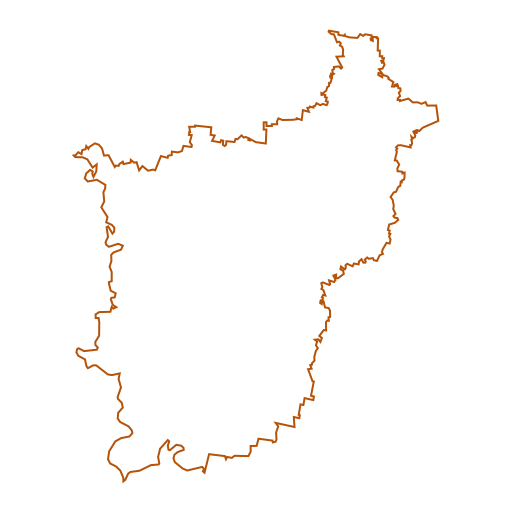 Santiago Tuxtla, Veracruz, Mexico
{"feature_id": "50627088B55545748869449", "entity_name": "Santiago Tuxtla", "entity_type": "district", "adm_level": 2, "iso_a3": "MEX", "parent_name": "Mexico", "parent_adm1": "Veracruz", "projection": "robinson", "projection_center": [-95.381, 18.405], "detail": "fine", "context": "isolated", "style": "outline", "palette": "amber", "viewbox_px": 512, "rotation_deg": 0, "n_neighbors": 0, "source": "geoboundaries", "source_scale": "gbopen_adm2", "svg_char_len": 5952}
<svg xmlns="http://www.w3.org/2000/svg" viewBox="0 0 512 512"><path d="M122.6,160.7L122.7,161.9L119.5,163.9L118.6,165.9L115.8,165.6L114.8,167.0L108.5,155.2L104.0,155.6L102.0,148.4L98.8,144.7L94.9,143.4L89.3,147.0L88.4,148.8L86.3,146.1L85.5,149.3L82.3,150.0L81.5,154.1L78.3,152.2L75.7,155.1L73.7,155.5L75.2,157.1L82.7,157.3L87.3,159.3L92.6,167.6L96.7,164.4L96.3,171.3L93.5,176.9L92.3,173.9L92.7,171.5L90.1,169.9L86.2,173.5L84.8,178.4L87.8,181.5L96.9,179.8L105.4,184.9L105.1,188.7L103.4,192.2L104.2,201.5L101.3,207.3L107.5,217.0L106.2,222.3L111.7,224.8L114.3,227.6L114.1,231.7L112.4,233.6L108.2,226.4L106.6,227.2L108.0,236.9L105.5,242.4L106.3,244.8L108.9,246.8L118.2,243.8L122.8,245.7L121.0,249.7L113.6,252.4L111.2,254.9L111.4,261.0L109.6,266.7L111.7,272.0L111.7,281.2L108.9,282.1L108.9,283.2L110.7,290.7L115.7,293.3L114.7,297.4L111.4,297.8L110.8,299.2L112.8,304.9L116.3,307.2L113.3,308.6L111.7,306.9L110.4,311.8L99.2,312.1L95.6,314.4L95.7,318.1L98.6,318.0L99.3,322.3L99.1,335.8L95.3,341.9L95.4,344.9L97.8,347.6L96.8,349.7L84.1,351.1L78.6,348.3L77.2,349.0L76.4,352.4L78.3,355.8L85.0,359.4L86.5,366.3L87.9,368.2L93.3,365.3L96.1,365.3L107.8,374.4L111.9,375.1L119.7,373.4L118.6,379.0L121.0,387.5L117.6,397.0L118.0,399.0L121.7,402.7L122.8,407.5L118.2,412.8L117.7,418.4L120.1,422.0L128.6,426.4L131.8,430.4L132.4,433.1L129.4,436.5L121.2,438.1L115.4,441.3L109.2,451.2L108.0,459.3L110.2,463.5L116.1,466.5L120.3,470.6L123.3,477.7L123.4,481.3L125.3,479.8L128.1,473.7L130.3,472.0L139.6,470.7L151.0,465.1L158.6,464.5L159.3,463.5L158.1,456.9L160.1,448.7L167.8,440.1L169.2,441.3L167.8,445.7L168.5,449.7L169.9,450.2L176.3,444.8L181.3,445.7L183.5,447.8L183.7,449.9L177.6,452.1L174.4,454.8L173.5,458.3L174.8,462.1L182.7,468.5L187.2,470.5L202.3,466.9L204.0,469.0L202.9,471.3L204.5,472.7L209.1,454.2L224.9,456.1L226.0,459.2L227.1,456.9L231.8,457.9L234.6,455.8L248.4,456.1L250.7,451.7L250.6,446.0L256.6,445.9L258.5,438.7L272.5,440.6L272.8,442.4L275.6,441.7L276.5,439.4L276.1,432.6L278.2,426.4L275.7,422.9L294.5,427.0L293.8,417.0L299.3,418.2L299.8,415.2L298.7,414.9L300.5,404.4L303.4,405.0L304.6,398.1L313.3,400.1L313.9,396.5L311.0,395.8L313.8,381.5L312.5,381.2L308.1,369.2L311.6,368.7L310.2,365.1L311.9,364.8L312.0,363.2L314.5,360.6L314.3,356.8L315.8,351.1L317.8,348.2L315.9,345.2L317.2,341.6L314.9,339.7L318.4,339.3L320.4,341.9L321.9,338.0L319.3,335.9L323.8,330.0L326.1,330.5L326.0,322.2L327.1,320.6L328.8,320.8L328.5,317.3L330.1,316.9L330.0,310.6L328.6,308.0L325.0,307.4L323.6,301.6L321.8,302.6L321.7,304.0L320.1,302.9L320.7,300.4L322.6,300.4L322.9,297.9L321.9,297.2L323.1,295.0L325.3,295.5L323.4,290.1L321.4,288.9L322.3,287.1L321.3,283.2L322.9,282.4L329.2,285.0L330.1,284.3L329.1,280.4L334.1,282.0L335.5,279.9L333.4,275.6L336.1,274.6L336.0,277.9L337.9,278.3L343.8,273.9L343.1,270.7L340.4,269.2L341.0,266.5L344.8,269.4L345.8,267.9L345.5,265.3L347.2,263.8L352.6,266.3L353.9,263.5L358.6,264.4L359.0,261.5L361.5,259.2L363.4,262.7L365.2,262.7L365.8,261.5L364.8,259.6L367.2,257.5L368.7,258.8L372.8,258.1L373.8,260.2L377.0,260.9L379.6,255.3L382.9,253.9L382.0,252.1L382.6,249.5L386.5,242.9L389.7,243.5L390.5,239.6L389.1,236.6L390.3,233.9L389.0,233.6L389.7,230.6L387.9,230.0L389.2,224.5L394.7,222.9L398.2,219.8L397.4,218.1L394.5,217.6L393.4,216.1L395.5,213.9L393.2,208.9L393.8,205.9L392.7,199.9L390.6,197.0L393.7,192.4L396.0,191.8L398.2,187.0L400.2,185.9L400.7,181.7L401.8,182.2L402.2,180.2L404.1,179.5L404.5,177.3L404.6,172.6L402.4,173.4L402.3,171.7L397.6,171.2L397.4,168.3L399.2,164.6L396.8,160.6L394.8,160.4L396.9,151.7L396.1,150.1L397.3,148.7L396.0,147.4L397.9,145.4L400.8,145.2L410.6,147.4L410.2,145.1L411.4,145.1L412.1,143.3L411.6,140.1L410.6,140.1L412.1,139.3L411.5,136.8L412.9,138.2L414.9,137.2L415.3,135.6L413.4,131.6L415.6,130.6L414.9,132.7L416.7,133.0L417.9,130.3L419.4,131.0L422.7,127.7L438.3,120.9L436.2,105.5L427.2,105.6L425.6,102.1L421.4,103.8L417.6,102.3L412.8,102.4L408.4,98.6L400.0,101.0L400.0,99.9L397.6,100.0L397.8,98.3L400.1,96.1L398.9,92.7L400.6,90.9L400.3,88.3L398.3,88.0L398.0,85.6L396.7,85.9L397.0,84.2L395.0,84.8L394.4,86.6L392.0,86.5L393.4,82.1L388.3,78.8L388.7,77.7L387.0,76.2L382.4,74.8L382.2,77.2L378.3,75.0L378.5,73.0L382.5,74.0L379.0,69.2L382.5,68.6L384.5,64.7L383.7,62.4L382.0,62.8L381.3,61.0L383.2,61.0L383.9,58.2L382.2,58.4L382.2,56.2L379.8,56.3L379.8,50.6L377.7,50.5L378.1,38.4L376.7,38.3L376.9,37.2L372.7,36.8L372.8,40.9L370.9,40.1L370.7,38.8L371.7,38.9L371.5,35.3L365.1,34.3L363.2,35.9L360.2,34.1L357.5,37.9L349.7,37.4L345.2,36.1L344.8,34.7L343.6,35.8L338.4,34.8L338.4,32.3L329.0,30.7L328.6,31.7L331.5,34.2L333.9,34.3L337.0,42.3L339.2,41.7L340.8,43.3L339.9,45.5L342.1,46.7L343.1,49.5L342.8,54.6L343.7,56.3L336.5,56.7L342.2,67.5L341.0,68.6L338.8,66.4L333.9,67.0L334.1,69.0L332.3,69.9L332.7,73.0L333.9,73.8L332.0,75.0L331.0,73.9L330.0,76.5L330.5,77.6L332.0,76.9L332.0,77.8L330.4,82.9L329.1,82.9L329.0,86.1L327.3,87.1L326.2,90.7L322.4,93.6L321.4,93.1L321.5,95.8L322.1,94.3L325.3,95.0L325.0,97.2L326.8,97.6L325.8,101.2L327.8,101.6L327.6,103.4L326.6,105.2L322.9,103.9L320.3,105.2L316.5,103.2L315.1,105.9L313.5,106.3L313.5,107.6L309.8,106.6L309.5,107.6L307.4,107.9L308.9,111.8L302.9,110.2L301.7,120.0L296.9,118.4L297.0,119.2L292.7,119.8L282.5,120.0L278.4,118.4L277.0,121.3L277.2,124.3L271.9,124.2L271.9,126.0L266.5,126.0L266.5,122.3L263.7,122.3L263.7,129.5L266.4,129.5L265.8,143.5L256.0,142.2L250.0,139.0L249.9,140.4L248.3,140.0L248.5,138.1L245.7,137.0L243.8,137.6L241.5,135.4L237.4,139.3L235.5,138.9L234.5,142.0L226.4,141.2L226.1,144.9L224.6,146.0L222.9,144.8L223.2,140.7L221.1,140.2L220.4,142.4L212.1,140.9L214.7,135.5L210.6,134.8L211.3,127.3L195.1,125.6L195.1,126.7L189.2,126.8L190.1,132.1L189.3,132.0L188.9,134.9L191.7,135.1L189.8,142.2L191.9,145.1L191.5,147.0L183.5,145.9L181.9,151.1L177.9,152.4L171.9,151.6L171.7,155.1L168.1,155.7L167.7,157.8L160.9,156.1L155.2,170.3L153.0,169.6L148.1,170.7L142.4,166.1L139.1,170.4L136.6,162.2L134.2,162.7L130.8,159.9L130.6,162.6L123.5,164.1L122.6,160.7Z" fill="none" stroke="#b45309" stroke-width="2"/></svg>